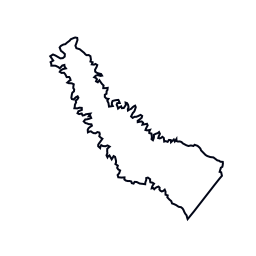 Campo Bonito, Paraná, Brazil (Robinson projection), rotated 304°
{"feature_id": "56859067B87655407329693", "entity_name": "Campo Bonito", "entity_type": "district", "adm_level": 2, "iso_a3": "BRA", "parent_name": "Brazil", "parent_adm1": "Paraná", "projection": "robinson", "projection_center": [-53.005, -24.903], "detail": "fine", "context": "isolated", "style": "outline", "palette": "ink", "viewbox_px": 256, "rotation_deg": 304, "n_neighbors": 0, "source": "geoboundaries", "source_scale": "gbopen_adm2", "svg_char_len": 4396}
<svg xmlns="http://www.w3.org/2000/svg" viewBox="0 0 256 256"><g transform="rotate(304 128 128)"><path d="M94.0,136.5L92.6,137.4L91.1,137.7L91.1,140.6L88.9,141.3L88.2,143.1L88.4,145.2L85.4,146.0L83.2,145.7L81.7,147.5L83.3,150.4L85.1,152.7L83.3,153.8L83.2,155.6L83.9,157.5L84.9,158.9L85.5,160.6L84.4,162.0L85.0,163.7L87.0,163.6L88.1,165.4L88.5,168.7L89.3,170.3L90.0,171.6L91.0,173.7L92.6,172.8L95.1,172.2L96.7,171.1L98.0,172.2L97.9,175.0L96.7,175.7L95.5,176.9L96.4,179.0L96.4,180.7L94.7,180.6L92.9,180.8L91.2,181.4L92.3,182.5L91.9,184.0L93.2,184.2L94.8,184.8L96.5,186.0L96.2,187.6L94.6,188.4L94.1,190.0L94.3,191.5L95.5,192.4L97.4,192.9L96.3,194.6L93.7,196.4L94.3,198.6L92.5,199.4L91.8,202.5L91.6,204.7L90.1,206.7L90.6,208.5L91.0,211.0L91.0,214.0L92.0,216.3L91.8,218.2L91.1,219.8L89.9,221.6L89.0,223.3L88.3,225.5L87.2,226.6L85.8,228.4L95.5,229.3L126.8,231.4L128.4,231.5L137.4,232.2L140.9,232.6L143.4,230.0L142.9,228.5L147.0,227.2L148.6,227.9L149.9,227.4L151.7,226.5L152.9,225.5L151.7,223.4L151.8,221.9L151.1,220.1L151.4,215.3L149.9,212.4L149.1,209.4L149.0,207.4L150.3,201.1L151.4,199.5L151.8,198.0L152.1,195.6L151.3,192.6L149.7,192.3L148.7,189.9L146.9,188.2L146.3,186.0L145.9,182.0L146.3,180.2L145.8,178.4L144.7,177.0L144.3,175.5L145.9,174.3L143.0,174.3L144.1,172.4L142.6,172.1L140.3,171.6L141.9,170.2L141.0,168.6L138.7,168.6L138.2,166.6L137.0,165.6L138.7,164.2L139.8,163.1L139.9,161.4L138.2,160.9L137.1,160.1L136.6,158.7L138.5,158.1L141.0,157.7L142.0,156.0L140.3,155.5L138.8,154.3L136.8,153.2L135.1,154.5L133.7,155.1L131.8,155.5L131.9,153.8L133.8,152.9L135.4,151.5L136.5,150.5L135.7,148.5L137.0,147.6L138.8,147.3L137.6,146.2L136.6,145.0L136.1,143.6L137.6,143.2L141.2,142.8L142.1,141.4L140.4,139.7L138.8,138.1L140.9,137.5L141.1,135.7L140.1,134.6L138.3,132.8L139.4,132.0L140.9,132.6L142.8,133.2L144.2,133.6L145.9,133.0L145.9,131.1L143.2,129.5L141.8,128.5L141.0,127.2L139.0,126.2L139.3,124.1L140.7,123.9L143.2,123.6L144.6,123.9L146.2,123.8L147.5,123.4L149.6,122.8L150.5,121.4L149.2,120.7L147.7,120.2L145.7,119.9L144.1,118.9L142.5,118.2L143.5,117.3L145.6,116.8L147.3,115.0L148.1,113.3L147.7,111.8L145.9,113.3L144.2,113.3L142.2,113.3L141.0,111.8L142.1,110.2L140.6,109.5L138.6,108.9L139.9,107.4L140.9,105.6L142.6,105.2L144.1,107.2L145.2,105.6L145.9,104.3L144.5,102.6L143.3,101.4L141.8,100.1L140.3,100.4L138.6,101.3L137.7,103.1L136.6,101.9L135.1,100.3L137.8,97.8L139.0,95.6L141.2,95.5L140.3,93.7L140.8,91.4L142.6,90.2L144.4,91.0L146.5,89.7L148.0,89.7L149.9,88.7L148.7,87.4L147.2,85.2L148.4,84.5L149.6,84.0L149.9,82.1L150.5,80.3L151.6,77.6L149.0,77.4L148.8,75.4L151.1,75.0L151.5,73.2L151.2,71.6L153.3,72.0L154.9,73.2L155.8,76.1L156.9,77.2L157.7,75.5L156.8,73.1L156.3,71.3L156.4,69.3L157.9,68.1L161.2,67.8L163.0,67.3L162.9,65.2L161.5,64.4L160.5,62.4L162.7,61.9L162.1,59.7L164.0,59.0L166.5,56.7L166.5,54.7L165.2,52.8L165.3,51.2L165.8,49.6L166.3,43.9L165.3,40.6L166.8,38.4L168.6,38.0L172.7,36.9L174.3,35.5L173.5,33.6L172.3,32.7L169.5,30.9L167.8,30.8L164.3,29.6L162.5,29.2L161.1,27.8L159.9,27.1L158.4,26.4L156.5,26.3L154.5,29.2L154.4,31.6L154.0,34.3L151.8,35.6L149.5,34.9L147.9,33.0L147.5,27.2L147.0,24.7L144.0,23.4L143.0,26.0L142.1,28.3L139.3,27.0L138.3,28.5L136.8,29.6L138.4,31.9L139.1,33.2L139.5,36.0L139.4,38.0L140.9,38.3L143.1,38.6L144.7,40.0L143.5,41.0L142.7,43.2L140.5,41.1L138.2,40.0L136.4,40.0L136.5,42.1L138.0,44.1L137.4,46.1L135.9,48.7L137.4,50.7L136.8,52.2L135.6,53.6L134.3,52.9L131.7,52.3L132.0,53.8L133.6,56.4L133.9,58.6L132.0,59.4L130.5,60.3L129.9,61.8L128.1,62.7L126.2,62.1L124.4,62.7L121.4,64.1L120.6,65.3L121.2,66.9L122.6,67.2L124.4,67.6L126.1,68.5L125.4,69.9L123.3,70.0L121.5,69.2L120.3,70.6L117.6,71.0L115.8,72.0L114.4,72.5L115.9,75.0L117.7,76.4L118.8,78.4L117.2,79.6L114.1,77.5L112.0,77.9L112.2,79.7L114.1,81.5L113.0,83.4L114.3,84.7L115.7,85.3L117.3,87.0L118.9,88.8L115.8,88.9L116.8,90.2L115.7,91.9L114.1,90.8L112.1,89.0L111.2,87.8L108.7,87.6L108.3,89.9L108.9,91.5L109.2,93.2L110.6,95.6L109.7,96.8L107.2,95.8L105.6,95.4L104.0,95.6L102.0,97.2L103.5,98.1L104.5,99.1L104.4,100.7L104.5,102.3L105.5,104.1L107.5,104.9L108.2,106.8L107.2,108.0L105.1,108.8L104.8,110.5L104.8,112.8L101.1,112.7L98.8,112.6L97.4,112.7L96.2,113.5L95.8,116.1L97.2,115.5L98.8,115.4L99.0,117.3L100.2,119.4L102.1,120.8L102.3,123.2L99.3,122.4L97.1,123.7L95.7,124.9L93.3,125.5L92.2,127.4L93.6,127.3L94.9,127.9L92.9,132.0L96.7,131.8L96.8,133.4L95.5,134.9L94.0,136.5Z" fill="none" stroke="#020617" stroke-width="2"/></g></svg>